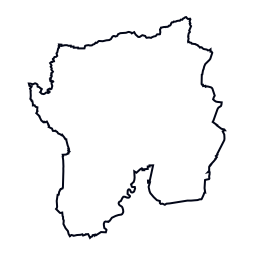 Sankhaburi, Chai Nat, Thailand, rotated 87°
{"feature_id": "78962969B50930938834164", "entity_name": "Sankhaburi", "entity_type": "district", "adm_level": 2, "iso_a3": "THA", "parent_name": "Thailand", "parent_adm1": "Chai Nat", "projection": "orthographic", "projection_center": [100.153, 15.021], "detail": "fine", "context": "isolated", "style": "outline", "palette": "ink", "viewbox_px": 256, "rotation_deg": 87, "n_neighbors": 0, "source": "geoboundaries", "source_scale": "gbopen_adm2", "svg_char_len": 5722}
<svg xmlns="http://www.w3.org/2000/svg" viewBox="0 0 256 256"><g transform="rotate(87 128 128)"><path d="M233.1,191.7L232.9,191.3L232.2,190.8L231.9,190.2L232.3,188.6L232.7,188.3L232.8,187.9L232.2,184.5L232.2,181.3L231.8,179.1L233.0,178.5L232.2,175.6L231.9,175.6L231.9,173.3L235.7,171.7L234.8,170.7L234.3,169.2L233.2,168.9L232.8,166.5L233.5,166.5L232.9,165.7L233.3,165.3L230.5,160.4L231.0,155.6L228.6,154.8L228.1,155.1L226.6,156.9L223.5,157.2L222.1,157.1L220.6,156.3L220.2,155.4L220.7,152.7L220.3,152.7L220.2,152.0L219.7,151.1L216.8,148.8L215.2,145.0L214.4,142.1L214.1,139.1L213.7,138.4L212.6,137.6L211.5,137.1L209.2,137.2L207.0,137.8L206.2,138.3L204.7,140.4L203.9,141.0L202.7,141.3L201.8,141.0L201.2,140.5L200.6,139.0L197.5,137.2L196.4,136.2L196.5,134.7L197.4,132.8L197.6,131.8L197.6,130.9L197.1,130.1L196.3,129.6L195.8,129.7L193.8,131.9L190.8,131.6L190.2,131.4L189.4,130.7L189.3,130.2L189.6,129.6L190.4,129.0L191.9,128.5L192.5,127.9L192.6,126.7L192.0,125.6L191.6,125.2L188.8,124.1L187.3,124.3L187.2,126.6L186.9,127.2L184.4,127.9L183.8,126.9L182.9,126.2L182.3,125.2L180.3,124.4L177.9,124.0L171.6,124.0L173.1,121.9L169.9,118.0L169.0,116.3L169.6,115.8L170.9,115.8L171.0,114.0L170.0,114.0L169.9,110.4L167.5,110.3L167.6,108.5L166.5,108.5L166.6,104.9L181.7,109.0L181.6,110.8L183.7,110.8L183.6,109.0L187.9,110.5L192.2,109.8L194.4,109.0L195.5,108.1L198.3,106.0L201.6,102.9L202.6,100.0L204.6,100.1L205.5,99.3L205.4,97.5L206.6,95.2L205.6,93.6L205.5,90.4L203.6,72.4L203.8,68.8L203.6,62.2L203.0,60.2L203.0,58.4L202.7,58.1L199.3,56.3L196.8,55.2L196.1,54.7L196.3,54.3L192.1,54.7L184.0,53.8L183.7,52.7L183.3,49.8L182.8,49.4L180.3,49.5L178.7,49.0L176.4,48.8L176.0,49.6L176.2,50.4L175.0,49.2L171.1,49.0L170.0,47.9L169.9,48.1L168.8,47.0L168.7,47.2L165.6,44.0L163.5,42.1L163.3,42.3L161.7,40.8L160.6,41.7L159.3,40.0L158.7,40.3L145.2,32.5L143.5,32.2L139.6,32.2L136.3,33.6L135.4,31.9L135.4,31.3L134.5,31.9L133.7,34.7L130.1,39.1L129.8,38.8L126.4,43.1L125.1,42.3L113.8,37.6L112.4,36.6L111.0,34.1L109.7,33.5L107.3,33.1L106.6,37.4L106.2,38.8L105.2,40.2L103.8,41.5L101.6,40.6L100.3,39.7L93.3,41.6L92.3,42.2L91.7,43.1L90.7,46.2L90.6,47.3L90.9,48.3L89.9,48.5L90.1,50.8L88.7,50.9L88.5,52.0L87.8,52.2L78.6,51.5L78.4,51.0L74.8,50.2L73.5,49.7L73.3,49.5L70.6,48.7L68.2,47.5L64.3,43.1L63.2,42.2L57.3,39.9L56.1,40.6L56.1,41.6L53.8,41.5L54.5,42.5L54.7,44.2L53.8,45.2L53.1,48.3L52.2,49.5L51.6,49.8L51.1,50.8L51.1,51.5L51.4,51.9L50.7,52.3L50.0,53.4L49.3,53.7L48.8,54.4L48.3,55.7L47.8,56.1L47.1,60.0L46.3,60.3L46.0,60.9L45.9,61.9L45.2,62.5L45.4,63.4L44.5,63.5L41.8,62.8L40.1,63.2L39.5,62.8L39.0,63.0L36.6,62.4L35.4,61.2L34.8,61.3L34.0,61.8L29.6,59.7L28.1,60.7L27.0,60.9L26.7,60.3L24.7,60.9L22.7,60.0L22.1,60.3L22.3,62.3L21.6,63.2L20.3,64.1L20.4,65.0L21.3,66.4L21.7,67.4L22.7,68.1L22.6,69.7L23.6,70.6L23.5,72.0L23.7,73.6L24.1,74.4L24.3,75.8L24.1,76.7L24.8,77.4L24.8,78.6L25.8,79.5L26.8,79.8L27.6,80.3L28.0,81.0L27.9,81.6L28.3,82.2L28.7,82.3L29.0,83.1L29.1,84.0L28.9,84.7L29.2,85.3L29.0,86.6L29.5,89.8L29.8,89.8L31.3,90.9L34.0,90.7L36.0,91.2L36.1,91.6L36.0,94.0L37.7,95.6L37.9,97.3L38.6,99.3L39.2,100.2L38.7,102.3L38.9,104.7L38.5,105.2L37.0,106.0L36.1,108.7L36.2,109.1L37.7,111.6L37.6,113.0L35.1,115.5L32.6,116.8L33.7,119.3L32.8,120.0L32.2,121.7L32.1,122.6L32.8,125.0L32.9,130.7L33.9,133.1L35.2,133.7L35.7,134.4L35.7,135.0L36.0,135.8L35.5,136.7L35.4,137.8L36.0,138.8L38.3,140.4L39.2,142.1L39.3,144.9L40.0,148.6L39.6,152.4L39.8,152.9L41.3,154.6L41.4,155.2L41.1,155.9L42.4,157.1L42.8,158.6L43.6,159.8L43.6,161.9L43.2,162.9L43.3,164.7L43.6,166.2L43.9,166.6L46.2,167.3L45.9,173.6L45.1,173.7L45.0,178.0L43.8,178.1L43.8,180.7L42.8,180.8L42.8,183.0L42.1,184.7L42.0,186.7L42.5,189.9L41.3,190.0L41.0,192.5L42.6,192.1L42.7,192.9L44.2,192.6L44.7,193.5L48.8,194.7L49.7,195.5L52.2,194.9L53.1,196.0L53.3,197.7L54.6,198.6L55.1,199.4L55.5,199.4L56.4,198.6L57.5,198.4L57.8,199.9L58.1,200.1L58.0,201.0L59.1,202.4L61.4,201.1L62.0,201.3L62.8,202.0L64.4,201.0L65.7,201.5L67.8,200.0L68.6,200.6L69.3,201.8L70.4,201.5L71.2,202.1L71.7,201.5L72.2,201.4L73.3,202.0L73.7,202.7L74.5,202.5L74.7,203.1L75.0,203.4L75.8,203.0L76.8,203.2L77.1,203.0L76.8,201.8L77.4,201.3L77.3,200.6L77.8,200.3L78.7,201.9L79.0,202.0L79.9,202.0L82.0,201.4L84.8,202.3L85.2,203.1L84.6,204.2L85.5,206.1L85.9,206.4L86.9,206.2L87.3,204.6L87.7,204.4L88.2,204.5L88.9,206.0L88.4,207.0L88.3,207.9L89.5,209.6L89.7,210.7L89.2,212.4L87.6,213.9L86.9,213.1L85.6,212.7L84.9,212.1L84.4,212.1L83.7,213.4L82.6,214.4L82.0,216.1L81.4,216.2L80.2,216.0L79.6,216.4L78.6,218.0L78.6,218.8L79.3,220.4L79.2,221.3L78.6,222.9L78.4,224.7L80.8,224.2L81.3,222.0L82.3,222.5L83.5,223.8L85.8,223.1L86.2,223.4L90.7,223.4L93.5,223.8L93.8,224.0L94.5,223.6L94.7,223.1L95.0,223.2L96.0,222.8L96.2,222.1L99.2,221.7L100.5,221.8L100.4,220.1L101.0,219.9L101.2,219.7L102.0,219.1L102.6,217.4L106.2,217.9L106.5,217.5L108.4,218.8L111.4,215.9L111.6,215.8L111.7,216.0L115.9,214.2L117.8,212.2L117.3,211.5L118.0,210.7L117.3,208.7L121.0,207.0L121.1,207.3L122.4,206.8L122.9,207.1L124.6,203.9L126.9,203.2L127.1,201.9L126.9,200.5L127.7,199.9L128.1,199.0L129.9,197.9L130.4,196.6L131.8,194.5L131.3,194.1L134.1,192.1L135.4,191.5L135.4,191.2L136.0,190.9L136.1,190.2L137.0,190.2L142.1,189.2L145.7,188.1L145.9,188.7L147.1,188.1L147.6,188.9L148.4,188.5L148.7,187.9L149.9,189.3L150.4,189.0L151.3,191.4L151.3,194.6L152.9,194.3L153.1,194.7L156.8,194.4L163.3,194.5L164.7,194.7L167.6,194.8L183.9,196.1L184.9,196.5L185.0,197.3L185.3,197.5L185.4,198.4L185.9,198.5L186.5,199.3L187.1,199.4L188.2,200.1L191.0,200.7L191.2,201.2L191.1,201.8L197.1,203.0L202.8,202.9L204.1,203.2L205.1,204.1L209.1,200.5L209.3,199.8L209.0,198.1L212.6,197.9L213.3,197.5L215.4,197.6L217.1,197.0L220.5,197.5L224.8,195.6L227.8,193.4L230.6,192.9L233.1,191.7Z" fill="none" stroke="#020617" stroke-width="2"/></g></svg>